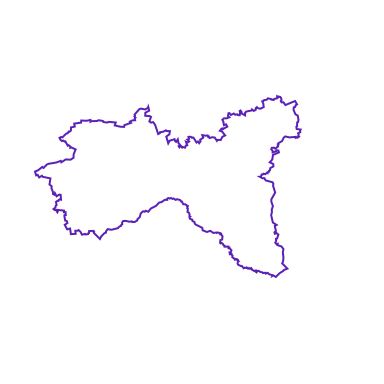 outline of Planeta Rica, Córdoba, Colombia, rotated 64°
{"feature_id": "7082276B80590541322952", "entity_name": "Planeta Rica", "entity_type": "district", "adm_level": 2, "iso_a3": "COL", "parent_name": "Colombia", "parent_adm1": "Córdoba", "projection": "albers", "projection_center": [-75.58, 8.302], "detail": "fine", "context": "isolated", "style": "outline", "palette": "violet", "viewbox_px": 384, "rotation_deg": 64, "n_neighbors": 0, "source": "geoboundaries", "source_scale": "gbopen_adm2", "svg_char_len": 6050}
<svg xmlns="http://www.w3.org/2000/svg" viewBox="0 0 384 384"><g transform="rotate(64 192 192)"><path d="M96.3,194.0L97.0,194.7L97.3,197.9L94.8,201.1L94.4,202.9L97.2,209.6L98.2,209.7L98.8,210.6L100.4,210.2L100.9,211.3L102.6,211.7L101.5,214.2L101.5,216.5L101.7,217.1L103.1,216.6L102.3,223.4L103.7,224.5L101.9,227.8L98.3,232.2L96.1,230.1L92.5,236.0L92.4,237.8L90.3,240.9L89.4,240.8L88.1,242.2L86.5,244.7L86.6,246.1L84.2,251.5L84.3,252.4L82.7,251.7L81.8,255.5L79.2,260.2L81.0,261.3L78.9,267.9L81.8,268.7L80.9,272.4L83.7,273.9L84.2,275.8L83.6,276.4L84.7,278.0L84.4,279.6L86.1,284.6L85.2,285.5L85.2,287.3L87.1,287.4L89.3,286.5L89.3,285.2L90.9,284.4L91.0,283.6L95.9,283.4L95.8,282.4L97.9,281.4L98.9,282.0L99.0,281.0L102.7,277.9L106.3,281.9L109.3,283.5L109.7,287.0L107.4,291.2L108.0,296.4L106.5,296.3L106.0,301.0L103.8,308.5L103.7,310.5L105.3,314.9L103.8,315.6L105.0,320.7L104.8,324.1L108.7,324.8L108.9,323.2L111.9,323.0L111.6,319.8L112.9,319.5L117.7,313.3L122.8,316.8L125.3,315.6L127.1,316.7L130.7,316.9L133.1,317.8L134.1,316.9L132.9,315.7L136.5,315.6L136.1,312.6L136.9,311.3L141.5,313.1L140.6,314.4L140.8,315.6L141.4,315.9L141.0,317.4L141.3,318.6L144.3,319.4L144.8,320.8L146.2,321.6L146.6,323.9L148.1,323.3L149.0,321.0L150.1,322.0L151.2,321.9L149.6,320.0L152.6,315.2L154.0,316.0L154.6,314.5L157.4,315.6L156.9,316.7L157.5,317.2L162.1,318.5L163.1,317.3L165.3,317.6L165.7,320.8L170.9,320.5L171.4,317.6L176.8,319.3L178.6,314.9L175.7,313.9L176.7,311.6L176.5,310.7L178.8,309.7L182.1,309.6L182.8,306.5L183.4,306.5L184.3,303.8L183.6,303.2L183.6,302.4L182.0,301.6L183.7,297.7L184.4,298.0L184.8,297.4L185.9,298.1L193.9,295.3L192.2,293.2L190.6,288.8L190.8,287.2L189.7,286.6L188.4,284.1L190.7,280.8L192.0,274.4L191.3,272.8L191.3,270.6L190.5,269.9L190.4,268.8L189.1,268.4L187.9,266.8L188.9,264.2L191.2,261.4L192.1,258.9L192.8,258.9L193.8,256.7L193.5,253.5L192.5,252.9L191.7,250.0L188.7,247.4L187.9,244.4L189.0,243.2L188.5,242.0L190.6,239.9L188.8,236.3L188.7,230.4L187.1,226.3L187.7,223.7L187.1,220.0L188.1,217.9L187.4,217.8L187.0,216.0L188.2,214.8L188.1,213.6L189.7,212.5L189.8,211.3L191.9,210.2L191.9,208.6L194.0,206.2L195.7,206.0L196.0,205.3L199.2,205.2L200.1,203.5L201.8,202.5L202.6,202.7L202.9,202.0L204.5,203.4L205.3,203.1L208.0,204.8L208.9,203.9L210.7,203.9L212.8,205.0L213.3,204.5L213.6,205.3L215.1,205.6L216.9,203.9L218.2,204.3L220.2,202.9L221.6,203.4L222.8,203.0L228.7,198.5L231.1,199.2L234.5,196.1L234.9,192.6L238.1,190.8L239.1,187.9L239.7,187.7L239.6,186.7L241.4,184.6L241.8,185.0L242.3,184.4L242.7,184.9L243.1,184.3L245.2,184.0L247.9,185.7L247.7,187.6L250.1,189.1L250.7,188.9L250.6,187.9L252.1,187.0L253.8,187.0L254.5,186.3L255.4,186.7L257.0,183.3L258.0,183.7L258.3,183.0L258.8,183.5L259.4,182.7L261.7,182.1L263.0,183.4L262.7,184.7L264.5,185.2L265.0,183.6L266.0,183.9L266.9,183.4L268.3,184.4L270.3,183.2L271.4,183.2L271.2,182.4L272.1,182.0L271.9,181.2L273.0,180.5L273.4,180.9L274.5,180.5L274.4,181.0L276.3,182.4L277.6,182.4L280.1,180.4L280.4,179.6L283.2,179.0L283.2,177.7L284.1,176.5L283.8,175.9L285.5,175.2L285.3,174.1L285.9,173.9L286.3,172.5L286.8,172.9L287.3,172.0L288.1,172.2L290.2,170.7L290.3,169.7L291.0,169.7L291.0,168.5L291.5,169.7L292.3,169.3L291.5,168.5L292.0,168.4L291.6,167.8L292.2,166.5L293.8,165.7L295.1,163.9L295.9,163.8L296.9,161.2L297.7,161.4L298.0,159.3L299.9,158.6L302.1,156.0L302.6,156.5L302.5,155.6L305.1,153.9L303.4,148.9L302.9,144.4L302.4,143.9L302.7,139.9L295.7,142.2L294.1,140.4L290.7,138.4L286.2,136.9L283.3,134.8L280.1,135.5L277.2,138.5L276.1,137.7L275.8,138.9L274.1,139.4L273.0,137.9L270.9,137.1L271.1,135.9L268.1,133.0L266.0,134.0L265.9,135.8L264.4,135.6L263.9,133.7L258.8,132.5L258.7,130.4L254.9,132.7L247.5,131.0L244.9,128.8L243.0,128.2L240.2,125.5L235.4,124.9L233.4,123.9L229.0,117.5L221.9,116.4L220.4,115.3L218.6,115.3L213.9,120.7L211.3,120.9L210.5,122.7L208.1,124.3L208.5,123.4L206.8,121.7L207.3,120.9L206.9,119.7L208.1,118.4L207.7,116.5L208.2,115.9L207.4,115.6L207.6,113.9L206.6,113.3L206.6,112.3L204.8,111.2L204.7,107.6L202.4,106.7L199.4,109.1L198.0,105.6L194.2,103.0L194.5,96.5L192.6,96.2L191.5,97.9L192.2,98.4L191.8,102.2L190.3,101.5L188.3,102.0L187.3,101.0L188.2,98.7L189.3,98.3L189.4,97.1L188.8,94.8L188.2,94.9L187.3,93.5L186.5,93.8L186.0,92.8L185.7,88.7L183.4,85.8L182.9,83.9L185.7,80.4L187.6,75.4L188.5,75.3L188.1,74.3L189.4,73.8L189.2,71.6L188.3,72.0L187.5,71.1L185.7,70.9L185.7,68.5L184.3,68.0L183.5,67.0L181.3,70.3L179.1,69.6L178.9,68.7L175.6,67.0L175.6,66.0L173.7,64.6L169.7,63.5L167.3,65.0L162.6,64.7L160.5,63.4L160.8,62.0L159.4,60.8L159.3,59.2L155.4,59.5L154.8,69.9L151.4,70.5L150.7,72.2L149.1,72.3L148.7,71.3L146.6,70.7L145.3,71.0L144.4,72.4L143.5,71.8L144.4,72.9L143.4,73.5L145.1,74.3L144.4,77.4L145.1,78.3L143.9,79.8L144.5,80.5L143.4,79.9L141.1,82.7L141.8,84.4L141.0,87.3L141.6,88.0L141.3,89.1L143.9,89.2L147.1,90.3L147.1,94.1L145.1,96.5L144.2,96.5L144.6,98.0L146.1,98.7L146.2,100.9L144.2,101.8L144.9,102.3L143.5,108.0L144.0,109.5L146.4,110.7L142.3,113.6L141.9,112.4L140.0,112.7L140.1,113.6L142.9,114.3L142.8,114.9L143.9,115.5L143.1,117.0L141.9,117.4L141.5,119.3L139.8,120.0L139.8,123.3L137.5,123.8L137.2,124.6L139.4,126.4L141.2,125.7L141.0,128.6L139.8,131.0L140.4,133.1L142.2,132.9L145.9,134.0L146.1,131.8L148.7,131.6L149.0,136.6L148.3,136.5L148.0,137.7L149.2,140.1L150.7,138.5L155.7,137.4L155.7,140.5L157.8,143.3L156.3,146.4L156.9,147.2L153.0,147.7L151.6,149.9L151.2,152.6L149.6,152.5L149.5,153.3L148.1,153.1L147.3,155.2L145.4,157.8L148.1,158.1L148.6,161.8L150.2,162.1L151.3,164.2L149.2,164.5L149.5,166.3L143.8,166.8L143.2,168.2L142.8,168.1L141.4,169.6L140.9,171.0L143.0,171.4L142.8,173.2L145.3,172.4L145.5,174.3L144.2,175.4L147.9,175.8L147.6,177.3L149.1,178.9L147.2,180.8L147.6,181.4L145.7,181.8L146.4,183.7L144.9,183.9L144.6,182.1L142.1,182.7L138.5,181.7L140.0,184.3L138.9,184.9L136.9,184.5L136.1,189.7L137.8,192.0L130.9,190.8L130.3,187.1L127.6,185.2L126.0,188.2L125.1,188.5L125.2,191.4L124.3,194.6L125.0,195.0L125.1,197.0L115.4,195.7L112.1,196.3L111.7,198.4L109.9,199.4L106.5,195.9L105.3,196.7L103.0,200.6L100.3,199.2L100.1,194.8L96.3,194.0Z" fill="none" stroke="#5b21b6" stroke-width="2"/></g></svg>